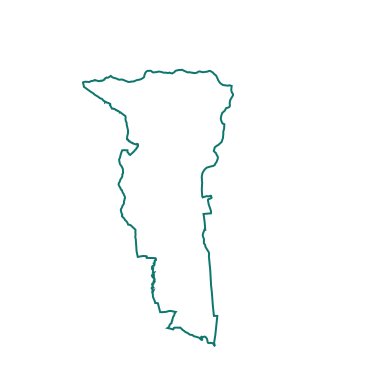 Arcus, Covasna, Romania, rotated 63°
{"feature_id": "2599482B44539906477830", "entity_name": "Arcus", "entity_type": "district", "adm_level": 2, "iso_a3": "ROU", "parent_name": "Romania", "parent_adm1": "Covasna", "projection": "mercator", "projection_center": [25.745, 45.912], "detail": "fine", "context": "isolated", "style": "outline", "palette": "teal", "viewbox_px": 384, "rotation_deg": 63, "n_neighbors": 0, "source": "geoboundaries", "source_scale": "gbopen_adm2", "svg_char_len": 6001}
<svg xmlns="http://www.w3.org/2000/svg" viewBox="0 0 384 384"><g transform="rotate(63 192 192)"><path d="M302.1,275.5L304.8,272.3L305.9,271.3L305.9,270.9L304.9,270.0L304.9,269.4L305.8,267.3L307.1,265.2L307.1,264.5L307.7,263.9L310.6,263.0L312.4,262.0L314.1,261.3L315.2,260.2L318.2,258.6L319.3,257.0L319.8,256.5L321.4,255.8L322.5,254.4L325.0,251.9L327.9,250.8L328.3,250.2L327.9,249.7L326.8,249.9L325.7,249.9L325.3,249.6L325.2,249.3L326.2,248.3L326.4,246.9L326.7,246.2L327.5,245.7L329.7,245.3L333.4,246.3L334.5,245.3L334.7,244.8L334.7,244.2L334.8,243.9L336.3,242.0L338.5,241.9L339.1,241.8L339.0,241.4L336.9,240.9L336.0,240.5L329.8,236.0L313.9,225.7L312.3,228.7L302.9,225.1L291.0,220.1L283.6,217.3L270.3,211.4L257.1,206.2L254.3,204.6L253.0,204.4L250.1,204.7L246.8,204.9L245.0,204.3L243.2,204.7L242.6,204.5L239.7,202.8L236.0,202.3L235.1,201.9L233.8,200.8L231.0,197.7L231.5,197.3L224.6,194.4L216.8,191.7L219.6,184.8L219.2,184.5L217.4,183.7L210.5,182.7L206.5,181.5L205.9,180.9L206.2,178.2L206.1,177.3L205.8,177.1L204.2,176.8L203.9,176.9L203.4,179.3L202.4,180.7L201.6,184.9L200.7,184.9L195.2,182.6L192.7,181.3L188.2,178.6L186.5,178.1L185.6,177.5L184.0,177.0L182.0,175.8L181.4,175.2L180.4,174.6L179.5,173.5L178.2,171.5L177.4,169.6L177.0,167.9L177.7,163.8L178.4,161.4L178.3,159.5L177.6,158.8L176.3,156.4L174.1,154.0L172.9,153.2L171.3,153.0L170.6,153.2L168.3,153.0L165.6,154.0L164.9,153.7L164.3,152.9L162.8,151.7L162.4,151.2L162.3,149.9L162.0,148.9L162.1,147.6L161.5,145.2L160.8,142.8L157.9,139.9L154.3,137.6L152.8,137.0L149.6,134.2L148.9,134.0L146.6,132.5L146.1,132.5L145.5,132.9L145.1,133.6L144.8,133.7L143.0,133.7L140.3,133.3L139.5,132.9L137.0,131.0L135.2,129.0L134.7,126.8L134.1,125.3L132.9,123.8L132.8,123.0L133.1,122.0L133.2,121.0L133.1,119.9L132.9,119.6L132.0,118.9L130.4,118.3L128.0,116.8L126.9,115.4L124.5,111.6L124.0,111.3L122.9,111.0L121.5,111.3L119.5,110.9L118.3,110.4L117.0,109.4L116.3,109.1L115.5,108.5L114.0,110.1L113.8,110.6L113.8,111.1L113.4,112.0L111.4,114.9L110.7,115.8L109.8,116.4L107.9,117.4L105.7,117.8L104.0,117.9L102.1,117.7L99.1,117.7L96.6,118.8L95.3,119.1L93.6,120.0L92.3,121.0L91.9,121.7L91.8,123.3L90.4,127.6L89.2,129.2L88.2,130.2L87.9,130.8L87.7,132.0L87.9,133.3L87.8,133.9L87.5,135.1L87.1,135.9L86.5,136.9L85.7,137.7L84.8,139.2L84.0,139.9L83.8,140.9L83.3,141.7L80.1,144.3L78.9,145.1L78.4,145.7L77.9,147.3L77.2,148.4L77.1,149.7L76.6,150.9L76.6,151.6L77.2,153.5L77.4,155.6L76.3,157.2L75.3,158.0L75.3,158.7L75.0,159.5L73.9,161.0L72.8,163.1L70.9,165.1L69.6,166.9L69.1,169.0L67.8,172.4L67.3,172.8L65.8,173.3L65.3,173.7L64.3,175.6L63.9,176.9L63.9,177.8L64.5,179.3L66.2,181.2L67.8,182.5L68.1,183.4L68.3,186.0L68.2,187.1L67.2,190.6L67.1,193.4L66.0,196.2L65.6,197.7L64.9,198.9L60.3,202.9L59.5,204.3L59.2,205.3L58.3,206.6L56.8,207.6L54.8,209.9L53.6,210.9L51.7,211.7L52.1,214.5L51.6,215.8L51.3,216.0L51.2,216.4L51.3,216.9L51.4,218.4L52.0,218.7L52.1,219.1L52.1,221.8L51.4,222.5L51.4,223.7L51.3,224.1L50.8,224.6L50.7,225.1L49.4,226.3L49.0,227.1L48.5,227.3L48.0,228.0L48.2,228.8L47.9,230.0L47.4,231.4L47.3,233.7L45.5,236.6L44.9,238.3L44.9,239.4L49.3,240.5L56.4,236.9L59.4,235.1L61.0,234.6L64.8,232.2L66.4,231.6L68.2,229.9L70.2,229.5L72.3,228.4L72.6,228.6L72.5,227.9L73.8,227.2L74.9,225.8L76.0,225.4L76.3,224.9L76.7,224.9L77.6,225.7L78.9,225.5L81.3,225.5L81.8,224.6L82.2,224.4L82.3,223.8L83.2,223.1L84.5,222.6L84.6,222.2L85.3,221.7L85.9,221.6L86.3,221.0L87.2,220.6L87.6,220.2L88.4,220.3L88.5,219.7L94.1,216.9L95.6,217.3L96.6,218.1L99.0,218.8L100.6,218.8L102.3,219.6L108.3,221.1L110.9,222.6L112.9,224.4L114.0,225.0L114.5,225.5L115.2,225.9L115.6,226.0L116.4,225.1L116.9,225.4L117.8,225.2L118.0,224.9L118.5,224.9L118.7,224.4L119.3,224.3L121.1,223.2L121.2,222.7L121.9,222.6L123.8,220.7L124.5,219.6L124.2,219.2L124.9,218.5L126.4,219.2L126.4,219.6L127.2,220.2L127.6,220.8L127.5,221.1L127.7,221.5L128.5,222.5L128.8,223.9L129.1,224.3L129.6,225.5L130.9,230.2L130.2,230.8L128.3,231.0L127.4,231.4L125.5,230.6L124.6,232.4L123.7,233.8L123.5,234.9L123.2,235.4L126.3,238.6L128.5,240.4L130.0,242.2L132.0,242.9L134.3,243.5L136.3,243.3L137.2,243.0L138.3,243.2L139.6,243.0L142.8,244.3L144.1,245.1L144.4,245.8L144.8,246.2L145.9,246.6L147.2,247.9L148.3,250.0L150.3,252.1L150.8,253.1L152.1,254.1L155.0,254.1L155.6,253.9L157.1,254.2L158.2,253.9L158.7,253.6L160.8,254.0L162.6,253.8L166.4,254.1L166.9,254.4L167.5,255.2L168.3,255.6L169.4,256.8L171.6,258.1L172.8,260.3L173.9,261.3L175.1,263.2L176.1,263.8L179.0,264.4L180.7,264.4L181.1,265.0L182.1,265.4L184.9,264.4L186.4,264.4L188.4,263.7L190.0,263.5L192.1,263.7L193.0,262.3L194.1,261.6L200.0,259.5L202.5,260.9L204.3,261.6L206.4,263.0L208.7,263.6L219.7,268.3L225.2,269.8L226.8,264.6L228.3,262.1L228.7,262.2L229.0,261.6L230.2,262.2L233.8,255.5L234.4,254.6L234.9,254.5L236.3,255.0L236.4,255.4L236.1,256.1L236.2,256.4L236.7,256.8L237.6,257.0L238.5,257.7L238.1,258.1L238.1,258.5L238.5,258.6L239.4,258.3L240.0,258.7L240.1,259.2L240.4,259.6L240.0,260.1L240.0,260.6L240.3,261.3L240.9,261.5L241.3,262.2L242.5,262.5L242.7,262.1L242.0,261.3L242.2,261.1L243.2,261.8L243.6,262.3L245.4,262.8L246.1,263.5L246.6,263.1L246.7,262.4L247.4,263.5L248.5,263.6L248.4,264.5L247.9,264.9L247.9,265.3L248.2,265.6L249.0,265.4L249.3,264.6L249.5,264.8L249.7,265.4L249.1,265.5L249.3,265.8L250.6,265.6L250.8,265.4L250.7,264.6L251.9,265.0L252.2,264.8L253.5,265.2L253.7,265.7L253.5,266.1L253.9,266.4L254.9,266.0L255.2,266.5L254.7,266.8L254.6,267.1L254.7,267.3L256.2,268.1L255.7,269.0L256.1,269.5L256.6,269.6L257.2,269.4L258.0,269.6L258.1,270.0L258.9,270.3L259.6,269.9L259.7,270.2L259.1,270.5L258.9,270.8L259.1,271.4L259.3,271.6L260.0,271.4L260.5,271.6L261.2,271.5L262.3,272.2L262.6,271.9L262.5,271.3L263.4,272.3L263.2,272.6L263.2,272.9L263.6,273.1L265.2,273.3L267.7,274.4L273.0,274.8L274.1,275.2L275.6,272.9L284.6,274.9L285.6,273.0L287.0,269.6L287.7,266.2L288.1,265.3L291.5,260.9L292.4,262.7L293.9,264.0L294.9,265.8L296.2,266.8L297.3,268.0L297.7,268.0L298.4,269.1L299.5,269.7L299.8,271.3L300.1,271.6L300.3,272.3L301.1,273.0L302.0,274.5L302.1,275.5Z" fill="none" stroke="#0f766e" stroke-width="2"/></g></svg>